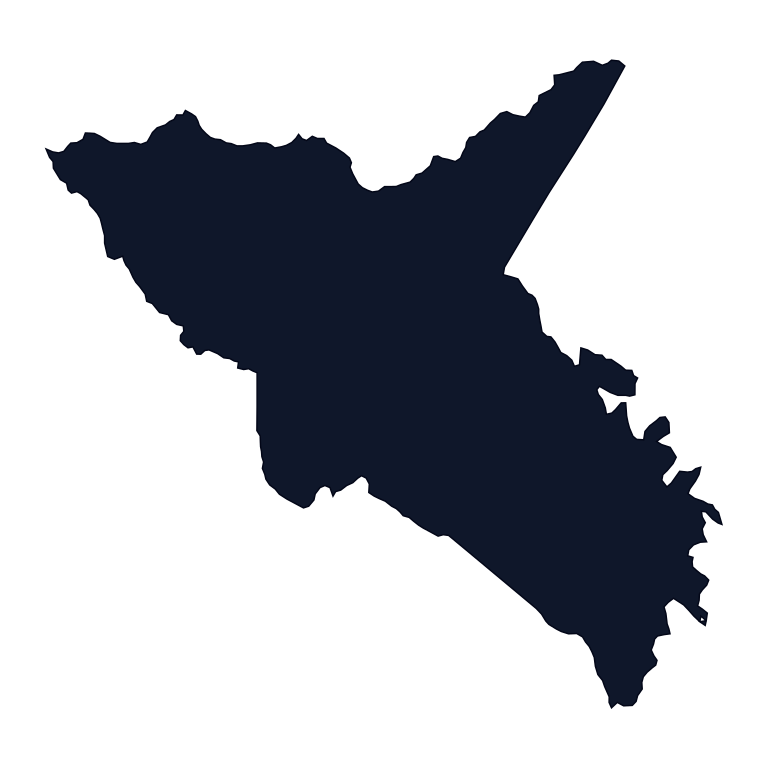 Ipiranga, Paraná, Brazil
{"feature_id": "56859067B27547702654677", "entity_name": "Ipiranga", "entity_type": "district", "adm_level": 2, "iso_a3": "BRA", "parent_name": "Brazil", "parent_adm1": "Paraná", "projection": "mercator", "projection_center": [-50.567, -25.008], "detail": "fine", "context": "isolated", "style": "filled", "palette": "ink", "viewbox_px": 768, "rotation_deg": 0, "n_neighbors": 0, "source": "geoboundaries", "source_scale": "gbopen_adm2", "svg_char_len": 4847}
<svg xmlns="http://www.w3.org/2000/svg" viewBox="0 0 768 768"><path d="M611.5,707.8L617.3,702.4L623.6,705.8L632.3,705.4L636.1,701.4L637.6,695.6L642.2,689.0L641.8,682.4L643.3,676.8L647.1,672.2L652.2,667.8L655.7,665.1L657.0,660.3L653.9,655.8L651.2,650.0L653.5,644.1L654.6,639.1L657.5,636.0L664.1,634.6L670.0,633.8L668.9,629.0L667.1,623.9L665.9,613.6L664.0,606.9L668.1,602.4L673.5,598.3L683.7,604.9L689.0,610.5L693.9,616.1L699.8,621.7L700.9,616.1L706.2,620.7L707.3,613.1L702.2,609.0L697.6,605.9L699.1,600.3L699.4,594.1L702.3,589.9L706.7,585.1L708.7,580.1L704.6,575.9L700.7,573.9L696.6,570.5L692.6,566.9L692.1,561.7L693.0,557.4L687.7,555.8L688.8,549.8L693.5,544.9L700.2,542.2L706.6,541.8L703.2,534.7L702.2,528.8L705.3,522.7L702.2,516.9L701.4,511.3L705.8,511.8L712.6,519.1L718.1,523.0L721.9,524.4L718.4,512.4L714.8,509.3L712.4,504.9L707.8,504.0L703.1,501.3L694.6,498.4L688.0,493.7L689.9,488.8L695.4,481.1L699.0,474.5L700.7,467.2L695.7,468.7L692.1,471.5L687.5,472.1L679.7,471.3L671.4,483.0L666.9,486.9L661.8,480.3L662.8,474.7L667.1,470.6L673.1,463.5L676.2,457.2L670.2,447.4L661.6,444.6L656.6,441.5L663.2,436.5L669.4,432.8L668.9,422.5L665.2,416.9L659.9,417.5L656.3,420.8L649.7,425.8L645.0,431.4L643.7,439.8L636.7,439.4L632.9,436.2L629.5,428.2L627.9,422.4L626.6,415.8L625.7,402.8L621.2,402.9L615.5,409.6L611.8,413.1L606.4,414.3L605.3,407.9L602.3,399.5L598.3,394.5L596.8,389.7L599.4,386.3L603.4,388.5L610.2,392.4L617.8,395.3L625.7,395.3L629.6,396.1L634.9,394.8L635.0,383.6L637.6,378.0L633.6,375.6L631.8,370.4L625.7,370.2L620.9,366.1L611.2,359.5L605.8,359.5L602.0,355.2L595.0,354.7L587.7,350.0L580.9,347.9L579.5,364.8L574.4,366.3L571.8,360.2L566.7,355.6L560.8,352.5L558.4,348.0L555.0,342.0L550.9,336.9L546.8,336.4L542.0,332.0L540.9,325.7L539.9,320.7L538.7,313.5L538.7,309.1L537.4,304.5L535.1,298.4L532.0,295.2L527.9,293.5L522.4,286.0L517.9,278.9L510.6,276.7L503.2,274.7L504.5,267.2L533.2,218.9L549.1,192.5L573.7,154.1L584.6,136.4L604.0,104.0L624.8,66.0L618.8,61.0L611.5,60.2L608.0,63.2L602.3,65.3L593.6,61.3L582.4,62.2L576.8,67.5L573.7,71.1L559.0,74.8L554.1,75.3L554.7,84.8L551.0,89.7L539.2,95.5L538.3,101.8L533.7,105.4L529.9,112.7L525.4,117.1L519.3,116.1L512.9,114.7L506.8,111.6L500.3,113.5L494.5,119.5L490.4,123.0L484.2,130.1L480.0,131.8L475.5,136.4L469.6,137.5L466.6,142.4L465.8,147.5L463.0,152.4L460.6,158.2L455.3,161.6L447.8,159.4L442.1,158.3L437.9,156.0L433.7,156.6L430.3,165.8L422.0,173.1L416.2,174.8L413.8,178.4L410.1,182.1L401.0,184.6L396.3,186.5L391.5,186.6L384.6,186.6L378.5,191.1L372.3,192.0L367.6,190.3L362.4,187.7L358.2,184.0L352.7,173.8L350.0,167.2L351.4,162.7L349.4,158.0L343.6,153.1L335.9,148.0L326.6,143.1L324.0,138.5L317.4,138.5L312.3,136.3L306.6,140.5L302.1,138.8L298.6,134.4L296.0,138.3L291.8,142.5L286.3,145.4L281.4,146.8L274.7,148.0L270.6,144.8L266.4,143.1L257.4,142.9L250.3,144.8L242.5,145.9L237.0,145.9L231.2,143.6L226.2,142.9L220.5,139.7L214.9,139.1L210.3,137.4L206.1,133.8L201.7,129.3L199.2,125.4L197.8,121.1L195.5,116.6L191.6,113.9L185.4,110.5L182.9,115.0L176.7,114.9L174.0,119.5L169.7,121.5L165.5,124.9L157.2,127.8L152.5,132.5L150.3,136.6L147.2,142.0L140.8,144.4L134.4,142.5L128.6,143.4L122.5,143.4L116.7,143.4L110.1,142.4L100.2,136.3L94.4,133.5L90.0,133.2L85.4,133.0L83.0,139.3L77.0,142.7L70.8,143.1L67.8,146.3L63.8,151.4L58.6,152.9L52.7,151.9L46.1,149.0L49.6,157.4L53.1,161.6L53.4,168.2L60.4,179.6L66.6,183.2L68.2,190.1L71.5,193.1L77.0,191.6L80.7,193.6L88.2,199.8L90.0,205.2L93.8,209.1L97.3,213.3L100.2,218.3L101.5,223.2L102.8,228.7L104.6,235.6L104.6,243.1L107.7,256.5L114.4,259.3L122.7,256.2L124.0,260.7L126.0,265.1L129.2,268.9L133.0,277.3L135.9,282.3L139.6,286.5L145.2,294.1L146.7,301.3L152.3,303.5L159.6,312.5L168.4,314.7L171.7,320.8L176.7,324.4L183.3,325.9L183.8,331.4L180.6,335.3L180.3,340.7L183.8,344.6L188.0,347.8L192.9,346.9L196.7,354.1L200.8,354.2L204.8,350.5L209.0,349.9L217.6,353.6L223.8,357.8L229.7,358.5L234.2,361.0L238.5,361.9L237.7,368.0L243.7,369.5L248.7,368.7L252.9,371.0L257.1,372.7L257.1,406.5L256.9,430.6L260.2,435.9L260.4,442.1L260.6,446.7L261.5,451.4L261.9,456.7L263.6,462.0L262.4,468.4L264.8,474.3L265.9,479.1L269.7,484.9L275.3,489.1L279.4,494.2L287.0,499.1L303.5,507.9L308.7,506.2L313.9,500.0L315.2,493.9L320.0,487.6L324.9,485.5L330.0,487.6L333.0,496.1L335.6,491.6L340.7,490.1L346.7,485.5L352.8,482.7L357.7,478.2L361.5,475.7L366.2,478.1L369.3,484.0L368.8,492.5L374.2,496.1L379.3,498.6L385.3,501.2L391.7,506.2L396.3,508.6L399.9,511.8L403.2,515.7L409.2,517.4L413.5,521.1L418.7,525.2L423.3,528.1L430.6,532.0L438.1,536.1L443.2,534.7L448.6,535.4L465.0,549.0L536.3,608.5L541.6,614.1L545.8,621.0L548.9,624.4L556.4,629.0L561.3,631.5L568.5,633.8L576.7,633.5L582.6,636.9L585.5,641.9L589.2,646.4L591.9,651.7L594.3,657.5L595.4,666.3L597.9,674.6L602.6,680.5L604.7,686.6L609.2,696.8L609.1,702.4L611.5,707.8ZM699.8,621.7L705.2,625.4L706.2,620.7L699.8,621.7Z" fill="#0f172a" stroke="#020617" stroke-width="1.5"/></svg>